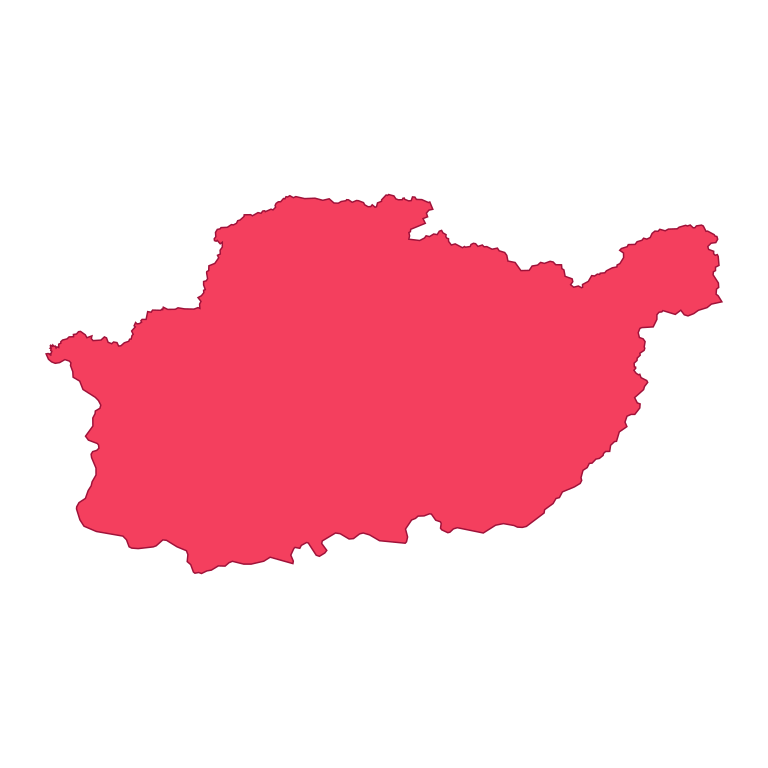 Kapuas Hulu, Kalimantan Barat, Indonesia (orthographic projection)
{"feature_id": "22746128B82886709098386", "entity_name": "Kapuas Hulu", "entity_type": "district", "adm_level": 2, "iso_a3": "IDN", "parent_name": "Indonesia", "parent_adm1": "Kalimantan Barat", "projection": "orthographic", "projection_center": [113.006, 0.834], "detail": "fine", "context": "isolated", "style": "filled", "palette": "rose", "viewbox_px": 768, "rotation_deg": 0, "n_neighbors": 0, "source": "geoboundaries", "source_scale": "gbopen_adm2", "svg_char_len": 6057}
<svg xmlns="http://www.w3.org/2000/svg" viewBox="0 0 768 768"><path d="M717.7,239.2L716.9,236.5L715.1,236.1L714.1,234.6L707.6,231.1L706.0,231.3L703.3,226.0L701.5,225.1L696.4,225.9L694.9,227.7L693.2,227.8L690.2,225.0L687.4,226.0L685.7,225.3L679.1,227.2L677.2,228.8L668.4,229.1L665.2,230.8L659.8,229.3L658.0,231.3L654.9,231.1L652.1,233.4L650.2,237.5L646.8,239.1L643.6,238.2L641.9,240.3L637.1,241.7L635.1,244.4L628.3,244.6L627.2,246.7L621.4,248.5L619.7,250.3L623.5,253.0L623.6,257.6L619.9,263.6L617.1,265.0L616.9,266.9L612.3,267.8L606.4,270.8L604.8,272.8L600.2,273.2L599.7,274.4L597.3,274.1L594.6,276.0L591.7,275.6L588.3,281.4L582.5,284.5L582.6,287.3L581.5,287.7L578.4,286.0L573.7,287.2L570.6,284.7L572.8,281.7L572.2,278.9L565.1,276.3L563.9,269.9L561.9,268.6L561.5,264.8L555.7,264.7L553.2,262.0L550.1,261.3L544.4,263.4L540.6,262.4L537.6,265.1L532.1,266.0L529.2,270.4L520.9,270.6L515.1,262.5L507.9,261.0L506.8,255.4L504.7,252.5L499.2,250.8L497.4,248.1L492.1,249.2L486.8,246.6L484.1,246.8L482.3,245.0L477.9,246.4L475.6,243.7L473.4,243.3L471.0,244.5L470.2,246.5L465.4,247.2L464.5,246.5L462.5,247.7L455.2,243.9L451.3,245.0L448.6,241.4L448.5,238.7L446.7,238.1L445.8,236.6L446.1,234.7L442.9,232.8L441.6,230.4L439.3,231.2L437.2,234.6L433.7,234.0L429.5,236.6L426.1,235.8L424.5,238.0L419.7,240.5L408.8,239.2L409.6,235.9L408.9,232.5L410.4,231.7L410.7,229.3L425.3,223.3L423.0,218.6L427.6,216.8L426.4,213.1L429.0,210.1L432.8,209.3L429.8,202.0L428.4,202.5L421.8,199.6L416.4,199.4L414.9,197.1L412.5,196.9L411.2,200.6L408.7,200.9L404.5,199.2L404.3,198.1L403.0,198.2L402.2,199.7L398.4,199.8L395.9,198.9L393.9,195.9L388.6,194.5L387.6,195.4L386.1,195.0L381.6,199.8L381.5,201.3L377.5,202.9L376.5,206.7L375.1,207.2L372.2,204.8L370.7,206.6L368.0,206.7L364.7,204.8L363.5,202.6L358.5,200.7L356.5,200.5L352.2,202.3L348.5,199.8L346.6,199.7L345.9,200.7L341.2,201.5L338.3,203.2L334.0,203.0L329.2,198.8L322.8,200.3L315.0,198.2L304.7,198.6L295.8,196.6L293.4,197.7L289.8,195.7L287.6,197.0L286.0,196.7L284.9,198.8L283.5,198.5L280.7,201.7L278.3,201.8L276.1,203.4L275.1,205.5L275.6,207.2L273.0,209.9L271.0,209.2L265.3,211.7L264.7,210.8L262.8,211.0L261.0,213.3L258.0,212.6L252.4,215.8L250.7,214.7L244.2,214.8L244.0,216.5L240.1,220.0L237.7,220.7L236.5,223.3L233.4,224.9L231.4,224.6L227.3,227.3L221.0,227.6L220.0,228.9L217.3,229.4L215.5,232.4L215.8,236.8L214.2,238.8L214.5,240.6L216.2,241.2L217.2,240.4L220.2,243.8L222.3,242.3L222.3,247.1L220.1,250.2L220.3,254.0L217.5,255.3L218.7,257.8L214.8,263.4L208.9,265.8L208.7,270.5L206.8,271.6L206.6,272.8L207.6,278.8L206.2,280.8L203.6,281.5L203.6,285.0L205.3,289.6L203.6,290.3L203.8,292.7L201.4,295.7L198.0,297.6L201.0,301.4L199.6,304.1L199.9,308.4L198.0,307.6L194.0,309.1L184.6,308.9L178.0,307.8L175.3,309.3L167.7,309.4L163.3,307.2L162.6,309.6L161.8,309.2L160.7,310.3L152.6,310.1L151.1,312.2L147.7,311.6L146.1,319.4L142.1,319.4L140.9,320.8L141.6,322.1L139.4,323.6L137.0,323.9L135.6,322.5L134.1,325.8L135.3,326.9L131.6,331.0L133.2,334.3L132.0,335.5L131.2,339.0L129.6,339.2L128.7,341.3L124.3,342.8L120.9,345.8L118.6,346.0L117.0,342.6L113.6,342.0L111.7,343.7L108.1,342.3L106.5,337.9L104.4,336.9L100.9,340.1L93.0,340.6L91.3,338.6L91.9,335.9L86.9,337.7L85.3,334.8L80.5,331.4L78.5,331.7L76.5,334.0L73.4,334.5L73.6,336.7L69.1,336.9L67.0,338.9L62.6,340.0L60.8,341.7L60.8,343.2L58.7,344.2L58.7,347.5L56.9,346.9L56.1,348.0L55.3,346.1L54.0,346.3L52.8,345.0L52.4,346.2L50.7,345.2L50.3,345.8L51.0,347.3L50.1,348.2L51.1,348.6L50.7,350.5L51.8,351.2L51.1,353.4L50.1,353.7L51.3,355.5L48.2,353.5L46.1,353.9L48.5,359.3L51.6,361.9L55.2,363.3L59.6,362.6L64.9,359.6L69.4,361.1L70.9,362.9L70.5,365.5L72.8,371.7L73.1,377.2L79.7,381.1L83.0,389.5L95.3,397.3L98.5,400.6L100.8,405.1L99.9,408.3L95.3,411.0L95.1,413.6L92.8,418.0L92.9,426.0L85.5,436.2L88.4,440.1L97.3,443.5L98.5,444.9L98.9,448.2L96.7,450.4L92.7,451.6L91.1,454.2L91.6,457.6L96.0,468.1L96.0,475.0L92.1,481.8L91.2,485.8L88.2,490.5L85.4,498.4L79.0,502.6L76.7,506.8L76.5,508.9L79.9,519.8L84.0,526.2L96.4,531.5L122.9,536.1L126.5,539.8L129.1,546.8L131.7,548.1L138.2,548.6L153.2,546.9L156.2,545.8L162.8,539.9L166.5,540.3L177.0,546.8L186.4,550.7L187.9,554.6L187.2,561.6L190.7,564.6L193.4,572.0L194.9,573.2L198.7,572.5L201.5,573.5L206.9,570.9L211.4,570.1L218.3,565.9L225.1,566.1L229.0,562.7L232.4,561.3L243.7,564.1L251.2,564.1L263.8,561.2L270.1,557.2L292.9,563.6L293.3,561.1L290.8,555.1L293.9,548.4L295.0,547.4L299.8,548.3L301.3,545.4L306.6,542.5L308.3,543.0L316.2,555.2L319.4,556.3L324.8,553.0L326.8,550.4L321.7,543.5L322.3,540.9L335.5,533.0L340.2,533.7L349.1,539.0L353.5,538.6L359.6,533.9L363.2,533.0L369.6,534.9L379.5,540.7L405.2,543.2L406.5,541.8L407.6,537.0L405.5,529.0L411.6,520.0L415.5,518.4L418.1,516.1L424.1,515.9L429.5,513.8L431.4,514.1L435.7,520.2L440.4,521.8L441.2,523.5L440.5,528.2L441.7,529.8L447.8,532.7L449.9,532.2L453.4,528.9L457.3,527.7L483.3,533.0L495.6,525.2L503.4,523.6L514.0,525.5L517.4,527.1L522.3,527.4L526.4,526.4L544.1,513.0L544.6,509.7L553.1,503.5L556.0,498.5L559.4,497.6L562.4,491.9L574.4,486.9L580.2,483.4L581.7,480.4L581.0,477.7L583.0,470.3L587.2,467.6L589.3,463.4L592.1,463.1L595.9,459.1L599.4,458.4L603.1,455.4L603.5,453.5L605.6,451.5L609.7,451.4L610.6,445.3L614.5,441.6L616.5,441.3L619.3,431.9L626.9,426.6L625.0,422.1L627.0,416.2L631.1,414.4L634.8,414.4L639.8,408.0L640.1,403.9L637.3,402.9L634.6,397.6L643.6,389.6L644.5,386.5L647.7,382.4L646.8,380.6L641.0,377.6L639.8,374.3L638.5,374.8L636.2,373.3L633.9,370.3L635.7,368.3L635.6,367.1L634.4,366.9L634.1,363.2L637.0,360.5L637.2,358.1L640.2,355.2L639.8,353.3L644.1,350.4L644.8,348.2L644.2,347.0L645.1,341.6L643.1,338.8L639.4,337.5L638.2,332.7L639.9,328.4L641.8,327.6L653.2,326.9L656.9,319.4L656.9,314.7L659.1,312.2L661.8,311.9L662.9,310.6L675.3,314.4L680.8,310.2L684.3,314.8L688.0,315.9L693.8,313.6L698.4,310.3L707.1,307.6L711.4,304.1L721.9,301.8L718.2,295.8L716.1,294.2L716.5,289.1L718.7,287.4L718.4,283.0L713.1,274.8L713.4,271.8L715.5,270.6L715.5,267.2L719.0,265.4L718.2,256.4L717.3,254.6L715.3,255.3L713.6,253.7L713.7,251.3L708.6,249.4L707.8,246.5L711.1,243.2L715.8,242.6L717.7,239.2Z" fill="#f43f5e" stroke="#9f1239" stroke-width="1.5"/></svg>